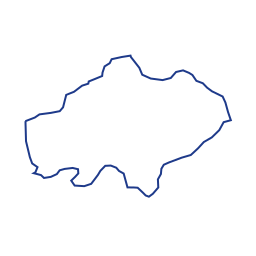 the district of Halmstad, Halland, Sweden, rotated 171°
{"feature_id": "70781695B21714207094800", "entity_name": "Halmstad", "entity_type": "district", "adm_level": 2, "iso_a3": "SWE", "parent_name": "Sweden", "parent_adm1": "Halland", "projection": "natural_earth1", "projection_center": [13.027, 56.773], "detail": "fine", "context": "isolated", "style": "outline", "palette": "blue", "viewbox_px": 256, "rotation_deg": 171, "n_neighbors": 0, "source": "geoboundaries", "source_scale": "gbopen_adm2", "svg_char_len": 1157}
<svg xmlns="http://www.w3.org/2000/svg" viewBox="0 0 256 256"><g transform="rotate(171 128 128)"><path d="M118.1,56.9L113.8,59.1L107.4,64.5L106.5,72.6L102.7,77.4L101.4,82.5L98.4,86.1L92.8,87.6L79.6,90.3L70.2,91.5L62.1,96.9L55.3,102.3L46.7,105.6L38.2,111.6L32.6,118.8L25.2,119.6L26.7,128.1L27.8,137.9L29.6,144.3L39.3,151.1L43.5,155.4L47.1,160.5L53.1,163.9L56.1,170.3L59.1,172.9L64.6,176.3L71.8,175.8L77.9,170.7L86.3,169.9L97.8,173.3L105.6,178.4L107.4,185.7L114.0,197.6L114.2,199.1L123.1,199.1L133.4,198.5L135.9,194.9L141.5,192.5L144.5,186.7L145.4,183.4L153.0,181.6L159.5,180.1L160.3,178.0L166.7,177.0L175.7,172.2L183.8,170.4L185.5,166.5L188.9,158.6L192.8,155.3L201.8,155.0L213.3,155.3L218.4,152.9L228.3,150.8L228.2,150.8L230.8,130.9L229.5,114.6L228.2,108.0L223.5,103.5L226.4,98.7L228.1,98.1L221.3,95.1L218.8,91.8L211.9,91.8L205.5,93.6L202.1,96.9L197.0,97.5L188.9,97.2L183.8,95.1L184.2,90.9L188.0,87.9L192.3,84.9L189.7,79.5L180.3,77.4L173.1,78.6L168.4,83.1L165.0,86.4L162.0,90.0L156.4,94.2L150.9,93.6L145.8,90.6L143.6,87.0L139.4,83.7L137.8,69.4L131.8,68.4L127.8,67.5L123.1,61.4L121.1,58.6L118.1,56.9Z" fill="none" stroke="#1e3a8a" stroke-width="2"/></g></svg>